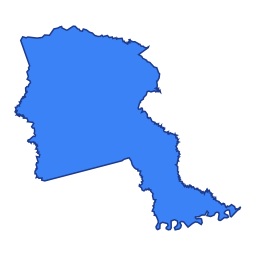 Vistahermosa, Meta, Colombia (orthographic projection)
{"feature_id": "7082276B61594004967505", "entity_name": "Vistahermosa", "entity_type": "district", "adm_level": 2, "iso_a3": "COL", "parent_name": "Colombia", "parent_adm1": "Meta", "projection": "orthographic", "projection_center": [-73.544, 2.77], "detail": "fine", "context": "isolated", "style": "filled", "palette": "blue", "viewbox_px": 256, "rotation_deg": 0, "n_neighbors": 0, "source": "geoboundaries", "source_scale": "gbopen_adm2", "svg_char_len": 5871}
<svg xmlns="http://www.w3.org/2000/svg" viewBox="0 0 256 256"><path d="M35.0,173.7L36.0,173.7L36.9,175.9L36.2,177.6L38.0,177.2L39.0,178.3L42.0,178.0L41.7,180.1L44.7,180.9L121.9,160.8L124.2,159.2L129.1,157.8L131.2,160.9L132.3,164.9L134.3,167.7L136.3,169.2L137.8,169.2L137.9,170.9L140.7,171.1L139.8,174.1L140.4,175.5L141.5,175.5L141.4,177.1L142.4,177.0L142.0,179.2L143.0,181.0L141.4,182.0L142.4,183.3L142.1,184.0L140.3,185.3L139.5,184.7L139.2,186.1L141.5,187.8L142.2,190.1L144.0,190.9L145.7,189.2L146.3,189.9L147.4,189.2L148.4,189.7L148.9,188.6L149.9,190.1L150.8,189.9L150.8,191.3L153.1,193.8L152.5,195.4L153.4,199.4L155.8,199.8L154.8,201.1L155.3,201.8L154.1,202.8L154.1,205.0L153.0,205.9L153.9,207.2L152.2,211.1L154.2,211.8L154.4,213.9L155.3,214.7L154.5,215.2L156.3,216.0L158.2,220.8L158.2,222.8L156.0,226.8L156.5,228.7L157.7,229.6L159.8,228.5L160.1,223.6L162.6,222.3L167.5,223.6L168.1,225.7L166.2,227.5L166.2,228.7L168.3,229.8L170.2,229.5L171.2,228.0L171.1,221.0L174.5,219.7L177.2,220.9L177.8,223.2L177.0,225.6L174.4,227.6L175.2,229.8L179.0,229.0L180.6,227.7L181.3,225.2L179.9,222.6L181.2,221.5L183.6,221.8L188.0,227.1L192.7,223.3L195.5,221.9L197.8,222.3L201.2,224.5L202.2,222.7L201.5,219.0L200.1,218.4L196.5,218.9L195.4,217.9L195.4,216.9L198.8,216.7L201.7,215.1L205.0,215.0L207.1,211.2L208.4,212.7L206.9,215.6L210.6,216.5L214.1,215.1L215.5,212.8L217.0,212.2L218.7,212.6L219.1,214.5L218.3,219.3L219.1,220.3L220.6,220.4L224.3,217.6L227.0,217.8L228.4,217.1L227.8,215.3L224.4,213.5L224.5,212.2L225.9,210.7L228.1,209.8L229.4,210.4L230.3,216.3L231.3,216.8L237.5,210.3L239.7,209.0L240.6,206.8L237.9,209.1L236.5,208.8L235.6,209.4L234.6,206.6L231.5,204.6L229.0,206.6L227.3,206.0L226.6,207.5L225.8,207.1L224.4,203.8L223.3,203.4L223.1,204.2L222.2,203.8L221.5,204.5L220.2,202.8L219.2,202.7L219.1,201.6L215.9,200.5L215.6,197.9L214.6,199.4L213.7,199.3L214.3,198.2L213.3,197.7L213.7,197.2L212.3,197.2L212.5,196.1L211.3,195.7L212.2,194.0L211.4,194.1L211.1,193.1L210.5,193.5L209.2,190.4L208.4,191.1L207.1,189.0L206.7,189.6L207.4,191.9L205.7,191.0L204.4,193.8L204.1,192.3L202.2,193.0L202.4,192.3L203.1,192.5L203.0,191.6L200.9,192.2L201.1,191.0L200.1,190.2L199.6,190.7L199.2,190.0L198.5,190.2L197.7,188.4L197.1,188.4L197.7,189.1L197.0,189.6L196.1,188.8L194.8,189.2L193.5,186.9L191.8,187.7L191.0,186.8L191.7,186.5L190.9,186.0L191.2,185.2L190.1,186.2L190.1,185.2L189.4,185.1L188.5,187.5L187.3,186.7L187.8,186.2L187.2,185.7L186.4,187.0L185.3,185.3L184.5,186.5L183.3,184.7L184.0,184.1L182.1,183.4L182.7,182.9L182.0,181.5L179.5,181.2L179.4,179.6L181.1,179.6L179.0,178.9L179.7,178.1L178.9,177.6L179.7,177.1L178.5,176.4L179.2,175.7L177.8,174.0L178.4,171.9L177.6,171.3L177.7,166.7L175.9,164.8L176.8,164.8L177.7,160.9L178.6,161.0L177.9,159.1L178.8,157.4L178.3,156.9L179.0,156.7L178.2,156.3L179.9,154.2L178.8,153.1L179.3,151.9L178.1,151.0L177.1,151.2L177.6,150.2L176.2,149.6L177.2,148.6L175.9,146.2L177.1,144.9L176.9,143.3L177.8,143.4L177.9,142.4L178.9,142.0L177.3,141.3L178.3,139.4L177.6,139.6L177.0,137.5L176.2,138.0L175.8,136.9L175.8,136.0L177.0,135.3L175.4,134.9L175.1,134.1L174.8,135.0L172.2,133.6L171.3,133.8L170.7,132.9L169.2,133.9L168.9,132.9L168.1,133.9L167.4,132.5L167.8,131.8L166.5,132.3L164.2,131.6L163.5,130.4L163.8,128.8L164.5,129.1L164.6,128.2L163.0,128.2L163.3,127.6L162.0,127.6L161.6,126.4L161.0,126.8L161.2,125.6L160.4,126.6L159.8,125.8L158.5,126.0L158.5,123.9L157.8,124.5L157.0,123.7L156.5,124.4L155.5,123.3L154.7,123.7L154.9,122.4L152.0,121.4L150.4,117.8L148.8,118.3L148.7,117.7L148.2,118.1L147.4,117.5L147.3,114.4L145.2,111.5L144.0,111.3L141.7,112.3L142.6,110.6L142.3,108.3L141.2,108.0L140.6,109.1L138.5,109.1L138.2,108.0L139.5,103.3L140.5,102.3L140.3,101.2L143.3,99.1L143.6,97.5L146.2,94.9L147.1,91.8L148.8,91.1L151.0,91.9L154.6,90.8L155.8,91.9L157.6,90.9L158.1,91.8L159.3,91.2L160.4,92.2L159.9,90.1L158.9,91.0L157.0,89.7L158.2,89.5L158.6,88.2L155.8,88.2L156.9,87.4L157.3,85.9L156.7,81.2L157.5,81.0L159.1,78.0L159.6,73.8L158.6,72.8L156.8,67.8L153.9,66.9L149.8,62.4L147.3,61.7L146.6,60.3L142.6,58.2L141.7,56.4L138.6,54.6L148.2,47.6L148.5,46.8L146.7,47.9L144.4,47.4L143.4,46.3L141.3,46.2L139.8,44.2L138.6,44.4L138.5,43.7L134.8,41.7L133.0,41.8L130.5,40.7L130.0,39.5L129.0,39.8L129.7,41.2L128.3,42.0L129.7,42.7L127.7,43.1L127.6,44.0L126.0,43.2L126.0,42.4L124.7,42.6L124.1,41.2L123.1,41.6L122.1,38.3L117.2,38.7L116.9,38.1L116.6,39.0L115.3,37.9L112.8,38.6L112.3,37.0L109.3,37.5L107.4,35.5L103.1,36.6L101.9,35.2L100.1,36.4L97.8,36.4L94.7,35.4L92.3,33.0L89.5,32.2L86.4,29.9L83.3,29.0L82.3,31.3L79.9,30.6L79.3,29.3L77.8,29.0L75.1,26.3L73.2,26.2L66.9,30.3L62.1,28.0L61.6,26.5L59.8,27.0L57.8,28.1L53.9,28.9L49.5,35.3L44.6,35.0L42.3,37.4L37.2,38.1L27.9,37.0L26.2,37.8L22.7,36.8L20.7,40.4L29.7,65.9L28.5,67.8L29.1,69.4L26.9,71.9L28.4,76.7L27.1,79.3L29.9,80.8L30.5,82.5L28.6,85.0L28.4,86.6L26.9,86.6L25.6,88.0L25.8,91.6L27.0,91.5L27.0,92.2L25.1,93.9L24.5,95.8L25.1,96.5L24.1,96.6L25.0,97.1L23.7,97.8L22.7,97.5L22.0,98.3L22.4,98.7L21.3,99.2L20.7,100.8L21.2,101.6L19.4,102.0L20.4,103.4L18.8,105.1L19.2,105.9L17.4,105.5L17.0,107.1L15.4,107.4L16.1,109.3L15.4,111.2L17.1,110.7L16.7,112.0L15.4,112.2L17.1,114.0L16.5,114.8L17.5,114.6L17.6,113.7L18.0,114.7L17.5,115.2L18.5,115.8L18.2,114.8L19.1,114.1L19.9,115.8L20.5,114.9L21.1,115.6L22.9,114.9L23.2,115.6L22.2,116.3L23.2,117.0L23.9,116.3L24.4,117.4L23.8,118.1L26.9,118.2L28.0,120.8L27.5,121.7L32.6,122.3L33.7,123.6L31.6,126.7L32.5,128.0L34.2,128.1L34.7,131.2L34.1,133.5L35.5,135.1L35.0,136.5L33.4,136.2L29.0,140.1L28.3,139.8L27.7,141.1L28.9,142.1L29.9,141.8L31.1,143.1L31.3,142.2L33.8,141.9L34.2,143.6L35.1,142.9L35.7,144.8L36.2,144.4L36.6,145.3L37.0,144.8L37.6,146.1L36.3,147.1L36.6,148.1L35.8,149.0L37.6,149.3L37.7,151.2L37.0,152.1L38.7,152.2L37.9,153.4L39.8,154.5L39.2,157.0L36.5,156.5L38.1,161.9L37.8,162.9L36.7,162.8L36.1,164.6L37.0,167.7L36.1,168.8L36.9,169.0L35.0,171.2L35.0,173.7Z" fill="#3b82f6" stroke="#1e3a8a" stroke-width="1.5"/></svg>